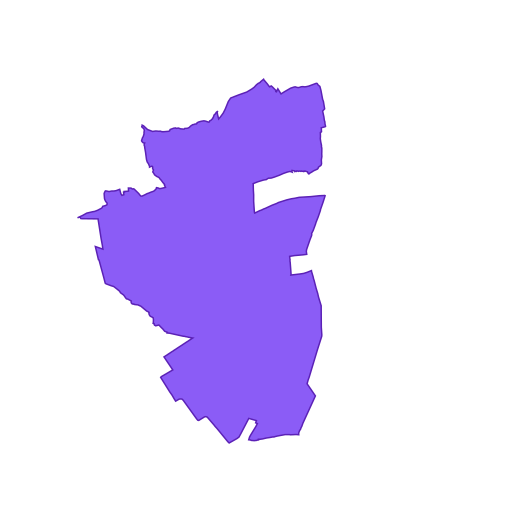 Vanju Mare, Mehedinti, Romania, rotated 326°
{"feature_id": "2599482B43944319734249", "entity_name": "Vanju Mare", "entity_type": "district", "adm_level": 2, "iso_a3": "ROU", "parent_name": "Romania", "parent_adm1": "Mehedinti", "projection": "albers", "projection_center": [22.89, 44.417], "detail": "fine", "context": "isolated", "style": "filled", "palette": "violet", "viewbox_px": 512, "rotation_deg": 326, "n_neighbors": 0, "source": "geoboundaries", "source_scale": "gbopen_adm2", "svg_char_len": 6097}
<svg xmlns="http://www.w3.org/2000/svg" viewBox="0 0 512 512"><g transform="rotate(326 256 256)"><path d="M201.3,420.9L227.0,405.2L226.9,390.5L229.7,388.1L232.3,386.2L254.6,368.0L265.5,359.4L266.4,358.3L270.3,351.6L282.2,333.7L284.8,325.2L286.2,321.6L287.8,316.4L290.5,308.8L291.1,306.7L291.6,305.6L293.4,299.9L293.8,299.1L289.2,298.1L285.8,297.1L282.2,295.4L274.3,291.3L274.7,291.0L276.8,287.4L280.9,280.2L281.3,279.2L282.3,277.9L282.4,277.5L283.7,275.1L288.2,277.2L295.6,281.3L299.0,283.0L300.3,280.3L301.6,278.9L310.1,272.5L313.5,270.2L314.5,269.0L314.7,268.4L317.7,266.8L323.1,262.9L324.4,261.8L329.5,258.3L334.8,254.3L335.4,253.6L341.7,248.9L347.5,244.3L347.0,244.4L346.7,244.2L342.3,241.5L334.6,237.4L324.6,231.5L320.4,229.8L317.5,228.4L313.0,226.7L304.5,224.2L302.6,224.0L297.8,222.9L290.3,221.7L288.7,221.3L285.8,220.9L284.6,220.5L278.9,219.7L278.9,219.4L280.0,217.3L284.6,209.4L288.2,204.1L290.6,200.0L293.8,195.0L294.1,194.4L299.0,195.5L304.3,197.1L306.3,197.9L307.1,198.4L309.7,198.4L312.2,199.9L315.2,200.8L320.5,202.1L325.0,202.9L329.1,204.0L331.2,204.8L332.2,205.7L332.8,206.6L332.9,206.1L333.7,205.2L335.6,207.0L335.6,207.3L335.4,207.7L336.7,208.1L336.7,208.4L337.6,208.4L338.1,209.0L338.4,209.5L338.8,209.5L339.5,209.9L340.5,210.7L340.5,210.9L340.6,211.0L341.2,211.0L342.0,211.9L342.6,212.2L342.6,212.5L342.8,212.7L343.3,212.5L343.5,212.6L343.6,212.9L344.1,213.0L344.5,213.4L345.2,214.4L345.8,215.0L345.5,216.0L345.5,217.2L345.6,217.4L345.9,217.6L346.6,217.4L349.6,217.6L351.4,217.6L355.5,218.3L356.4,218.1L357.4,217.3L360.3,217.2L360.9,217.0L361.9,216.2L363.9,212.9L366.2,210.4L367.8,207.8L368.7,206.6L370.8,203.5L371.1,202.9L371.1,202.5L372.2,200.8L373.4,197.8L374.9,194.7L376.3,192.9L378.4,189.6L378.6,189.5L379.1,189.7L379.8,189.6L381.8,186.2L385.6,187.5L386.2,187.4L387.0,185.2L388.1,183.3L388.6,181.6L390.1,178.6L392.3,173.1L395.2,172.4L398.3,165.6L398.8,163.5L402.5,154.9L403.8,151.1L403.6,150.6L403.1,148.8L403.2,147.4L403.0,146.9L402.4,146.5L394.6,144.6L392.1,143.6L390.8,142.9L389.6,141.8L388.0,140.9L387.3,140.8L385.5,140.2L384.5,139.4L383.1,137.7L382.0,137.2L378.5,136.2L371.0,135.7L367.4,135.6L367.4,134.7L367.6,129.6L365.8,130.6L364.8,131.3L364.4,130.7L365.1,130.0L364.1,124.8L363.7,123.5L362.0,123.4L361.8,123.3L361.6,119.5L361.0,114.0L361.1,113.7L357.1,114.1L356.7,114.4L355.1,114.3L354.6,114.1L352.1,114.3L348.8,115.1L345.7,115.2L340.0,114.9L331.9,112.8L323.6,110.9L323.0,111.0L319.5,112.4L312.5,117.1L308.7,119.2L304.0,120.9L301.7,121.5L303.1,117.5L304.1,115.3L304.3,115.0L305.4,114.5L303.4,114.7L303.0,115.0L302.5,115.0L301.5,115.5L300.2,115.6L297.8,117.4L297.3,117.4L296.5,118.0L295.6,118.0L294.7,118.3L293.1,118.1L292.3,118.7L292.0,118.7L291.6,118.6L289.7,116.1L288.4,114.8L285.8,113.6L283.3,112.8L281.7,112.6L281.4,112.7L281.1,113.1L280.6,113.2L279.6,112.7L278.7,112.3L278.2,112.3L276.9,111.7L274.4,111.7L272.5,112.1L270.7,111.8L269.2,111.0L268.4,110.4L267.3,110.6L264.6,108.4L263.2,106.5L261.6,105.8L261.2,105.5L261.0,104.9L259.2,104.0L255.5,103.1L254.5,103.9L253.4,103.8L248.9,101.3L247.6,100.4L246.3,98.8L245.5,98.5L242.8,96.3L239.9,94.9L236.8,90.5L235.6,85.3L235.2,84.5L234.9,84.1L234.8,83.9L234.4,84.4L233.7,84.7L233.5,85.1L233.6,85.9L234.1,87.3L234.1,87.8L234.0,88.5L233.5,89.6L232.4,90.7L231.4,92.2L229.3,93.9L228.0,94.5L225.7,96.3L225.5,96.6L225.5,97.7L225.7,98.8L225.8,99.1L226.9,100.1L226.0,100.7L225.3,101.4L224.9,103.0L224.4,103.8L222.4,108.3L219.2,114.7L218.4,117.1L218.4,119.5L217.8,122.4L217.5,122.8L219.3,123.1L219.9,123.4L220.2,123.8L220.1,124.4L219.1,125.9L219.2,127.1L219.1,127.4L217.7,128.3L217.4,128.8L217.5,129.9L217.3,132.0L218.1,134.3L218.5,135.1L219.0,135.8L219.5,136.9L219.5,138.6L219.8,140.3L219.9,143.3L220.1,144.3L220.2,145.5L219.8,145.7L219.3,148.5L215.0,146.9L213.8,146.2L213.5,145.9L213.1,145.1L211.8,143.7L211.5,143.8L211.4,144.2L211.1,144.4L208.4,145.0L207.1,145.0L204.6,144.3L202.0,143.8L200.7,143.4L197.9,143.1L194.9,142.6L194.0,141.8L193.8,140.4L193.7,138.6L192.4,132.3L191.9,131.7L191.4,131.6L190.9,131.2L190.5,130.0L190.2,129.7L188.2,128.3L186.6,130.9L185.4,130.3L182.9,128.8L182.7,129.4L181.9,129.0L180.7,131.3L179.1,130.8L178.8,130.8L178.8,128.7L180.3,124.5L176.6,123.6L174.6,122.7L172.6,121.4L170.2,120.4L168.4,118.5L167.5,117.8L166.1,118.5L165.0,119.3L162.6,123.5L162.3,124.3L162.1,125.2L161.9,126.7L162.1,129.0L161.1,130.2L159.4,130.0L156.7,129.1L155.6,129.8L154.7,130.0L150.2,129.5L147.2,128.8L145.2,127.9L139.7,125.8L134.8,125.4L129.4,124.5L132.0,125.3L131.7,126.9L131.8,127.2L145.8,136.9L137.4,154.8L134.6,161.2L132.9,164.7L128.1,158.3L123.3,171.0L123.6,171.6L117.8,188.6L115.8,194.2L116.1,195.2L119.4,199.8L120.9,201.6L121.3,202.6L123.1,208.4L123.2,209.1L123.1,210.7L124.4,214.2L124.5,215.4L124.5,217.3L124.6,219.0L124.9,219.4L125.5,219.9L127.4,223.5L127.0,224.0L126.7,224.4L126.4,225.1L126.5,226.2L126.7,226.7L127.2,226.9L127.4,227.3L127.9,227.6L127.9,227.9L128.4,228.5L130.8,230.5L131.7,232.1L132.4,233.0L134.6,240.6L135.3,241.7L135.8,242.8L135.8,243.0L135.4,243.2L134.7,244.8L134.6,246.4L134.9,247.2L135.7,248.6L136.2,249.7L135.4,251.4L133.7,253.7L133.1,254.2L133.5,254.6L133.7,255.0L133.4,255.3L133.2,256.6L133.4,256.8L133.8,257.8L136.9,258.9L137.5,262.5L137.9,264.2L138.2,267.3L138.8,268.2L139.8,269.6L139.2,270.0L139.8,270.6L140.9,271.4L150.7,281.7L152.1,282.9L152.9,283.9L153.3,284.1L154.6,285.6L157.7,288.6L123.3,288.2L123.3,303.9L110.8,303.1L109.9,303.1L109.1,303.3L108.5,320.6L108.6,324.3L108.3,328.7L108.2,331.4L112.3,331.7L113.9,332.6L114.7,333.4L115.0,335.1L115.7,357.8L115.9,359.6L116.6,360.3L123.6,360.6L124.7,361.2L125.5,362.4L126.7,372.6L126.8,374.4L127.2,377.0L128.8,394.3L129.2,396.0L138.1,396.7L140.6,396.6L143.9,394.9L159.2,386.6L164.3,392.7L162.4,394.1L163.4,395.7L160.5,397.3L151.3,401.5L149.4,402.5L147.2,404.3L148.5,405.4L148.9,406.2L151.3,408.1L153.4,409.2L154.5,409.5L155.2,409.9L155.5,409.3L156.7,410.1L159.1,411.3L163.1,412.8L165.7,414.1L169.2,415.6L169.6,416.1L170.3,416.2L172.8,417.1L180.2,420.3L183.9,422.8L184.6,423.5L189.4,426.4L191.5,428.1L192.4,426.6L194.7,425.0L195.8,424.7L197.4,423.5L198.6,422.9L201.3,420.9Z" fill="#8b5cf6" stroke="#5b21b6" stroke-width="1.5"/></g></svg>